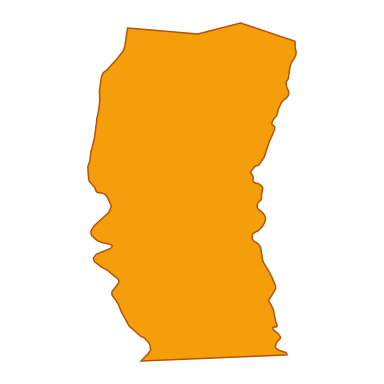 the district of Pomme, Laborie, Saint Lucia
{"feature_id": "8701671B10960716544692", "entity_name": "Pomme", "entity_type": "district", "adm_level": 2, "iso_a3": "LCA", "parent_name": "Saint Lucia", "parent_adm1": "Laborie", "projection": "orthographic", "projection_center": [-60.981, 13.758], "detail": "fine", "context": "isolated", "style": "filled", "palette": "amber", "viewbox_px": 384, "rotation_deg": 0, "n_neighbors": 0, "source": "geoboundaries", "source_scale": "gbopen_adm2", "svg_char_len": 4797}
<svg xmlns="http://www.w3.org/2000/svg" viewBox="0 0 384 384"><path d="M287.0,354.9L286.6,353.3L286.0,352.6L285.4,352.2L284.7,352.2L282.6,351.4L279.8,350.7L278.5,350.0L277.1,349.0L275.7,347.8L275.4,346.8L275.5,345.7L276.0,344.4L276.5,342.9L277.3,341.5L278.0,340.6L278.9,339.8L279.9,339.0L280.6,337.8L280.1,336.5L279.3,335.3L278.3,333.9L277.1,332.8L275.2,331.3L273.9,330.1L272.7,328.7L272.8,327.7L273.5,327.1L274.3,326.9L275.4,327.1L276.2,327.0L276.9,326.4L277.2,325.6L276.9,324.5L276.3,323.5L275.8,322.0L275.5,320.2L274.8,317.8L274.6,316.5L274.2,314.8L273.9,312.7L273.6,310.9L273.3,309.6L272.6,308.3L271.7,306.2L271.1,304.9L270.2,303.4L269.1,301.9L268.8,300.9L268.9,299.8L269.2,299.1L269.9,298.2L270.8,296.9L271.7,295.5L272.8,293.4L273.7,292.3L274.4,291.0L275.3,289.2L275.7,287.9L275.6,287.3L275.3,286.2L275.0,284.9L274.5,283.6L273.9,281.8L273.0,280.0L272.1,277.6L270.8,275.1L269.5,272.3L267.9,269.7L266.9,268.1L265.6,266.0L264.5,264.3L263.6,262.6L262.8,260.9L262.4,258.9L262.0,255.8L261.6,254.0L261.3,252.3L261.2,250.5L260.7,248.5L260.0,246.4L259.0,245.0L258.1,244.0L256.8,242.9L254.9,241.8L253.9,241.3L252.8,239.9L252.3,238.4L252.1,236.6L252.4,235.0L252.8,233.6L255.0,232.3L256.6,231.4L257.9,230.9L258.6,230.5L260.7,228.1L262.1,226.9L263.2,225.2L264.1,223.5L264.8,222.0L265.3,220.1L265.6,219.5L265.5,217.8L265.3,217.0L264.3,215.0L263.3,213.6L262.1,212.2L260.7,211.1L259.0,209.8L258.1,208.9L257.1,207.4L257.2,206.8L257.4,205.2L257.5,203.9L258.1,202.8L258.7,201.9L259.4,201.4L260.0,200.8L260.7,200.2L261.2,199.5L261.4,198.4L261.5,196.9L261.5,195.8L261.6,194.0L261.9,192.6L262.2,191.2L262.4,189.7L262.7,188.5L262.7,187.9L262.2,186.7L261.6,186.0L260.5,185.1L259.4,184.3L258.1,183.6L256.9,183.3L255.5,182.9L254.1,182.4L253.2,181.8L252.8,180.8L252.9,179.9L253.3,178.6L253.3,178.0L253.1,177.1L252.7,175.9L252.3,175.2L251.3,173.7L250.4,172.6L250.7,172.3L251.6,170.7L252.7,169.0L253.9,167.7L254.5,166.9L255.6,166.0L256.2,165.8L257.0,165.8L258.0,165.4L259.6,164.1L260.4,162.8L261.9,160.6L262.9,159.1L263.9,157.7L264.7,155.8L265.2,154.4L265.8,152.5L266.1,150.8L266.8,148.9L267.6,146.5L268.5,144.1L269.4,141.4L270.4,139.3L271.5,136.8L272.1,135.4L273.1,133.0L274.1,130.6L274.5,129.6L274.7,128.2L274.6,126.9L274.0,125.9L273.1,125.3L272.1,124.7L271.7,123.7L272.2,122.2L272.7,121.0L273.2,119.9L274.3,118.3L274.8,117.7L275.5,117.0L276.3,115.9L276.9,114.9L277.1,113.9L277.7,112.5L277.7,111.2L278.1,110.4L278.2,109.9L278.8,108.1L279.6,106.7L280.1,105.3L281.0,103.4L281.9,101.9L283.1,100.7L284.5,99.4L285.7,98.5L286.9,97.4L288.1,95.8L288.6,94.1L288.7,92.8L288.5,91.5L288.3,90.9L288.1,90.3L287.4,88.5L286.8,87.1L286.3,85.2L286.1,82.8L286.4,81.7L287.5,79.9L288.3,78.4L288.6,76.6L288.8,75.1L289.3,71.8L289.7,69.0L290.2,66.1L290.7,64.6L291.1,63.4L291.8,62.1L292.4,61.1L293.3,59.7L294.3,58.2L295.1,56.6L295.7,55.2L296.1,53.3L296.0,51.5L295.9,50.5L295.4,48.8L295.3,48.0L295.1,46.7L295.1,45.8L295.1,44.1L295.1,42.7L295.0,41.3L244.5,24.3L243.8,24.1L240.6,23.0L197.6,34.0L127.6,28.0L127.5,28.6L127.5,29.0L127.1,30.9L126.4,35.9L126.1,37.7L124.9,45.9L123.1,51.3L120.5,54.3L119.9,55.2L116.5,59.5L113.0,63.3L110.3,66.2L109.8,66.8L109.5,67.2L108.8,67.8L107.1,69.9L104.0,72.1L103.3,72.7L103.1,73.2L101.6,76.3L101.2,78.4L100.5,83.2L100.3,85.0L100.1,85.9L99.4,90.7L99.6,95.1L99.7,98.1L99.7,99.4L99.8,99.7L99.6,102.4L99.4,103.8L99.2,105.7L98.9,107.7L98.6,111.0L98.4,111.3L98.4,111.7L96.8,118.7L96.6,120.9L96.5,123.0L96.1,125.2L95.5,129.7L95.4,130.5L94.7,136.6L94.6,137.0L94.6,137.3L94.5,137.7L94.3,138.2L94.3,138.7L93.3,142.5L93.2,143.2L92.4,146.2L92.1,148.1L91.7,149.3L91.5,149.8L91.0,150.8L89.9,160.8L87.9,166.4L87.9,167.1L88.1,172.6L88.6,177.5L88.5,178.2L89.2,181.0L89.7,181.8L94.1,186.7L94.4,187.1L95.1,188.5L96.1,191.2L96.4,191.6L98.0,192.7L99.6,192.9L101.2,193.0L102.0,193.0L102.5,193.2L104.0,193.8L105.4,194.8L105.7,195.0L106.8,196.4L107.3,197.3L108.5,199.9L109.2,201.2L110.3,203.9L111.4,205.9L110.4,208.4L110.2,209.1L109.6,210.4L108.7,212.5L94.3,225.7L92.8,227.9L91.9,229.5L90.9,231.3L91.0,232.9L91.5,235.3L92.3,236.2L96.6,240.1L97.6,240.7L102.2,242.6L104.4,243.0L108.2,243.9L110.3,244.5L111.8,245.4L112.0,245.8L112.2,246.3L111.4,247.6L110.5,248.3L110.1,248.4L109.8,248.7L97.0,254.0L96.4,254.3L95.7,254.9L93.6,257.8L93.4,258.4L94.1,261.1L95.1,262.2L101.8,267.3L103.1,268.0L104.8,268.8L108.1,270.7L108.5,271.2L115.3,276.9L116.8,277.9L118.0,279.2L118.2,279.7L119.2,280.7L118.7,281.7L118.6,283.1L117.8,283.8L117.5,284.6L115.3,287.4L113.9,289.2L112.6,290.6L111.9,292.0L111.9,294.6L112.9,296.4L115.7,300.0L118.7,305.1L121.2,311.5L121.4,312.0L128.8,325.4L129.6,326.4L140.2,335.8L141.2,336.7L142.7,337.2L143.2,337.2L143.8,337.6L148.8,342.7L149.1,343.5L149.4,343.9L150.1,345.4L150.3,347.8L150.3,348.1L150.7,349.8L148.8,352.6L148.6,353.4L146.9,354.9L141.1,361.0L287.0,354.9Z" fill="#f59e0b" stroke="#b45309" stroke-width="1.5"/></svg>